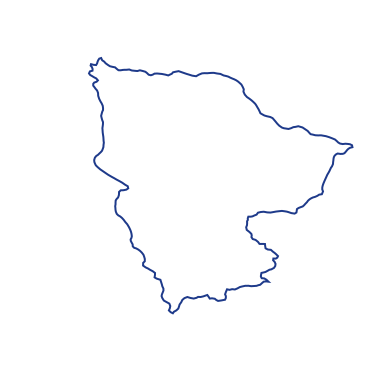 outline of Taiobeiras, Minas Gerais, Brazil, rotated 289°
{"feature_id": "56859067B11506596439375", "entity_name": "Taiobeiras", "entity_type": "district", "adm_level": 2, "iso_a3": "BRA", "parent_name": "Brazil", "parent_adm1": "Minas Gerais", "projection": "equal_earth", "projection_center": [-42.062, -15.819], "detail": "fine", "context": "isolated", "style": "outline", "palette": "blue", "viewbox_px": 384, "rotation_deg": 289, "n_neighbors": 0, "source": "geoboundaries", "source_scale": "gbopen_adm2", "svg_char_len": 5034}
<svg xmlns="http://www.w3.org/2000/svg" viewBox="0 0 384 384"><g transform="rotate(289 192 192)"><path d="M289.1,62.5L287.9,60.9L286.4,60.5L284.8,60.3L282.7,60.4L280.8,60.0L280.2,57.5L280.0,54.9L278.5,55.0L277.5,56.7L275.9,58.0L274.3,58.4L272.8,56.2L270.6,56.0L269.5,57.6L269.1,59.7L268.6,61.9L268.2,64.5L266.9,66.7L265.2,65.9L263.6,63.9L262.1,63.4L260.4,64.0L259.3,65.7L258.1,67.4L257.1,69.2L255.1,70.9L252.4,72.0L250.0,73.8L247.9,75.9L246.4,77.7L244.5,79.5L242.3,80.6L240.5,81.2L238.9,81.0L236.8,81.1L234.4,81.3L232.5,82.5L230.9,83.6L229.1,85.1L227.2,85.7L225.4,86.1L223.2,86.5L221.1,87.4L219.2,88.2L217.4,89.1L215.3,90.2L213.2,91.1L211.5,91.8L209.9,92.6L207.8,93.0L205.6,93.6L203.6,93.6L201.7,93.5L200.0,92.8L198.3,91.9L196.5,91.0L195.0,89.8L192.9,89.0L190.4,89.1L188.6,89.9L187.3,91.0L185.9,92.4L184.8,94.7L183.5,98.0L182.6,101.3L181.7,104.5L181.0,107.1L180.5,109.6L180.1,111.7L179.7,114.1L179.2,116.5L178.7,119.7L178.1,122.9L177.1,126.4L176.5,129.4L174.7,130.5L172.9,129.2L171.4,126.7L170.4,124.1L168.3,123.0L166.8,123.5L165.2,123.9L162.7,123.9L161.1,123.1L159.2,122.6L157.3,123.1L155.5,123.7L153.6,124.0L152.1,124.7L150.2,125.5L148.6,126.4L146.8,128.0L145.9,129.9L145.5,132.1L144.7,134.2L143.5,136.4L141.9,138.7L140.4,141.3L138.2,143.9L136.8,145.3L135.6,146.4L134.2,147.5L132.6,148.5L130.6,149.5L128.9,149.7L127.2,149.4L125.9,150.0L124.6,151.3L123.2,152.9L121.3,153.7L120.4,155.5L120.5,157.6L120.1,159.9L119.4,162.1L118.4,164.2L116.9,166.5L115.3,167.8L113.3,169.2L111.1,169.9L109.1,168.9L106.5,169.7L105.6,172.8L105.3,175.5L104.8,177.5L104.3,180.7L103.4,183.4L101.5,184.0L99.1,184.4L98.6,186.7L98.7,190.7L94.8,193.6L93.1,194.7L91.4,196.4L89.5,197.1L87.3,197.0L85.4,196.9L83.7,197.1L82.0,198.5L80.2,200.7L79.6,204.0L79.1,206.9L77.1,208.6L74.7,208.9L72.5,208.7L71.4,211.0L71.1,213.4L72.9,213.9L74.9,215.7L77.3,217.0L79.8,217.0L81.6,216.9L84.2,217.7L86.8,218.0L89.2,219.4L91.2,221.8L91.3,225.0L91.8,228.3L93.4,230.7L94.8,231.9L95.5,234.3L97.0,236.7L98.2,238.2L99.6,240.0L98.5,241.6L97.0,243.5L98.0,245.5L98.5,248.3L97.8,250.1L97.5,252.1L99.0,255.0L100.9,258.3L102.8,258.5L104.6,257.9L106.0,256.6L108.3,256.6L111.4,256.8L111.7,259.3L113.2,261.6L113.8,264.3L115.6,266.3L117.7,268.2L118.9,270.0L120.6,272.8L121.7,275.8L122.2,278.6L123.4,281.5L124.3,283.6L125.5,285.1L126.5,286.7L128.4,287.7L130.6,289.0L131.6,291.2L132.1,293.5L133.3,290.9L133.8,288.4L133.2,286.0L134.4,284.7L135.8,284.3L138.1,284.0L139.3,286.0L140.3,287.5L142.4,289.4L143.7,290.5L144.7,292.2L146.9,294.2L149.1,294.8L151.2,294.4L152.8,292.9L153.9,290.9L155.6,290.6L156.3,292.9L157.7,294.0L159.4,294.2L160.5,291.9L161.3,290.0L161.9,288.0L163.0,285.4L162.3,282.4L162.7,279.9L164.7,278.8L166.6,277.9L165.7,275.1L164.9,272.7L166.3,270.7L167.4,267.7L167.3,264.7L168.7,262.9L170.4,262.6L171.7,261.8L172.9,259.3L174.0,256.1L176.3,254.7L178.5,254.8L180.4,254.3L182.3,253.6L183.8,253.9L185.2,253.3L187.0,253.3L187.8,255.6L188.7,257.2L190.1,258.6L191.6,260.4L193.9,261.1L195.5,263.6L196.7,266.3L197.2,269.7L198.1,272.9L199.6,275.6L200.9,277.9L202.1,280.4L203.4,283.2L203.9,285.7L204.3,288.0L204.4,290.0L204.4,292.8L205.0,296.1L206.6,297.4L208.5,297.1L210.0,296.8L211.5,297.9L212.9,299.5L214.4,301.4L216.0,302.3L217.7,303.0L219.8,304.0L221.5,304.5L223.3,305.5L224.8,306.7L226.1,308.0L227.6,310.1L229.2,311.8L230.9,313.1L232.2,315.5L235.2,315.7L236.9,314.3L238.8,313.7L240.6,313.5L242.8,313.5L245.7,313.7L250.0,314.1L252.3,314.3L254.2,314.7L256.3,315.1L258.3,315.3L260.2,315.5L261.8,316.0L264.3,316.2L266.2,315.7L267.8,315.4L269.4,315.0L271.0,314.8L272.7,315.0L274.6,316.0L275.8,317.2L276.3,319.9L277.2,322.2L278.3,323.5L280.2,324.3L282.4,325.1L283.9,325.9L285.4,327.2L286.6,329.1L288.3,328.1L288.6,325.8L288.2,323.8L287.6,321.4L286.4,318.9L286.0,316.2L286.4,314.2L287.3,312.3L288.2,310.1L288.4,306.9L288.5,303.9L288.4,300.5L288.0,298.0L287.6,295.5L286.6,292.9L285.8,290.1L285.6,287.6L285.3,285.3L286.4,283.2L287.4,281.5L288.2,278.5L289.0,275.5L288.8,271.1L287.3,268.7L286.3,266.7L284.5,264.8L283.0,262.7L282.6,260.3L282.2,258.1L282.2,256.1L283.1,252.9L284.4,250.3L285.9,247.9L287.2,245.7L288.1,244.1L288.4,241.6L288.0,238.0L287.9,235.5L288.3,233.2L288.7,231.1L290.2,229.7L291.9,228.0L293.5,226.1L294.9,224.5L296.0,223.0L297.1,220.7L298.1,218.3L298.9,215.9L299.7,213.0L301.3,210.2L303.6,208.0L306.0,207.5L307.9,205.7L309.7,203.7L310.7,201.4L311.4,199.7L312.0,197.5L312.3,195.3L312.4,193.2L312.6,190.8L312.9,188.8L312.8,186.7L312.5,183.9L312.9,180.5L312.2,177.0L311.8,174.1L311.1,172.0L310.4,170.3L309.2,167.6L308.5,165.3L307.4,162.8L305.2,160.3L302.8,158.2L302.1,154.4L302.0,150.7L301.9,148.3L301.9,145.5L301.9,142.9L301.9,140.0L300.3,137.2L299.0,135.1L297.2,134.4L295.9,133.0L294.5,131.6L294.3,128.7L293.8,125.1L293.2,122.6L292.7,120.5L291.7,118.0L290.2,116.7L289.0,115.1L288.8,112.8L289.7,111.0L290.5,108.8L290.4,106.2L290.1,103.1L288.6,101.0L288.0,98.6L287.3,95.5L287.4,92.8L286.2,90.2L285.1,87.2L283.8,84.8L283.2,82.8L283.9,80.8L284.8,78.7L284.4,75.7L284.2,73.4L284.8,71.0L285.6,68.4L286.7,66.5L287.3,64.2L289.1,62.5Z" fill="none" stroke="#1e3a8a" stroke-width="2"/></g></svg>